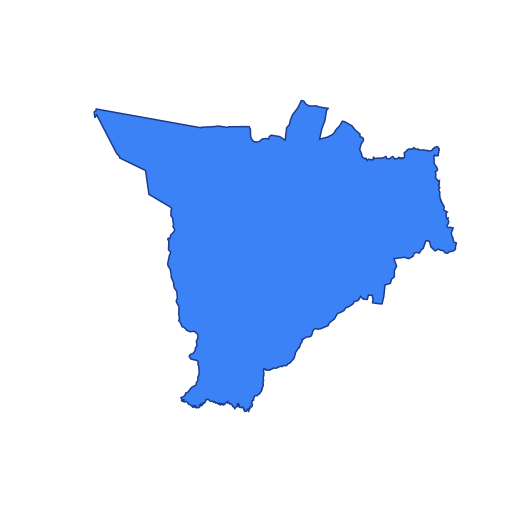 Nyagatare, Eastern, Rwanda (Robinson projection), rotated 194°
{"feature_id": "39286606B31387731734731", "entity_name": "Nyagatare", "entity_type": "district", "adm_level": 2, "iso_a3": "RWA", "parent_name": "Rwanda", "parent_adm1": "Eastern", "projection": "robinson", "projection_center": [30.27, -1.298], "detail": "fine", "context": "isolated", "style": "filled", "palette": "blue", "viewbox_px": 512, "rotation_deg": 194, "n_neighbors": 0, "source": "geoboundaries", "source_scale": "gbopen_adm2", "svg_char_len": 6073}
<svg xmlns="http://www.w3.org/2000/svg" viewBox="0 0 512 512"><g transform="rotate(194 256 256)"><path d="M126.8,398.2L128.4,399.2L129.4,398.2L129.5,398.6L130.3,397.1L131.5,397.5L132.1,396.8L133.5,396.9L135.2,395.3L135.2,394.3L137.1,392.2L136.6,391.2L136.9,390.7L135.9,389.3L136.2,387.3L136.9,386.6L137.0,386.9L138.2,386.3L138.2,385.7L139.3,385.6L139.3,385.9L139.9,385.5L140.6,385.7L140.4,386.2L141.2,386.3L142.3,384.7L143.7,384.5L144.2,383.7L145.1,383.7L146.7,385.4L147.5,385.6L150.3,382.5L152.8,382.1L153.8,384.0L154.3,383.9L156.2,381.9L157.9,381.6L158.4,381.0L160.5,380.8L164.5,379.3L165.8,380.3L166.0,379.9L165.6,378.2L165.9,377.5L166.8,377.6L167.4,376.9L168.1,377.3L170.3,377.1L171.0,375.5L172.6,377.2L173.3,377.4L173.9,376.7L176.9,377.7L178.3,380.6L181.2,384.5L181.1,389.9L179.7,394.0L180.1,395.7L181.6,396.8L184.0,396.9L184.6,399.5L190.4,402.3L194.1,405.4L202.6,407.8L204.9,407.7L206.2,402.8L209.1,397.6L210.0,394.2L211.1,392.5L215.3,388.7L222.6,384.8L222.9,395.4L221.9,404.0L222.8,414.4L221.7,416.7L231.0,415.9L233.7,416.3L239.3,414.7L241.9,414.7L244.5,415.5L247.0,417.8L248.7,418.0L249.7,417.6L251.2,410.0L254.7,401.9L255.6,396.1L255.3,392.1L257.3,387.7L255.7,375.4L261.9,377.6L270.5,376.9L271.9,375.2L272.2,372.3L274.1,372.6L277.9,371.2L278.9,370.3L280.1,368.1L283.3,366.6L286.1,366.5L288.8,368.6L290.3,371.3L292.1,377.6L294.0,379.9L313.4,374.9L316.1,373.4L317.3,373.7L323.9,373.0L329.4,370.9L340.2,367.7L340.2,367.1L446.6,360.0L446.5,357.8L447.7,357.1L447.8,356.5L446.0,351.7L445.5,351.9L444.8,354.5L416.1,321.9L412.6,319.6L412.1,318.2L383.8,312.2L374.8,289.9L352.7,283.3L350.2,282.5L349.3,281.6L349.5,279.9L348.3,274.4L346.4,273.1L343.7,266.7L343.7,264.8L343.3,263.9L341.8,262.7L341.2,261.5L341.5,259.9L344.0,255.3L343.5,252.6L343.9,251.9L345.4,252.1L345.6,250.6L344.2,249.7L342.5,241.2L341.6,240.2L339.9,239.6L339.7,237.8L340.2,235.8L339.8,227.1L338.9,225.1L336.0,222.3L333.6,217.0L333.2,215.0L329.1,209.6L328.9,207.7L327.2,204.9L324.5,202.6L323.8,201.1L322.1,196.1L322.6,193.2L321.7,191.6L318.4,188.1L316.9,180.9L315.1,176.9L315.4,174.6L313.2,173.1L310.6,169.5L309.2,169.5L307.0,168.5L305.1,167.1L303.3,166.8L301.4,166.6L299.0,167.7L297.2,167.8L293.7,166.0L292.9,164.2L292.6,161.8L293.3,159.1L291.5,154.4L292.5,152.3L292.3,149.2L293.3,146.5L296.0,144.5L296.6,142.5L294.4,140.3L287.9,140.3L286.6,139.6L286.2,137.2L284.8,134.9L283.3,130.5L282.7,127.3L283.1,124.3L282.2,121.0L283.1,119.2L283.0,116.2L286.6,113.1L289.3,107.3L291.1,106.0L291.2,103.9L291.8,102.6L294.6,100.2L293.2,98.9L293.3,97.8L292.8,97.3L291.9,98.0L291.9,99.0L291.2,99.1L290.9,99.0L291.6,98.0L291.5,97.2L289.7,97.1L289.0,97.9L287.4,97.7L285.5,95.8L284.8,96.1L281.9,94.8L281.5,94.8L281.4,95.5L281.0,94.1L280.3,94.0L279.7,94.9L280.2,95.7L279.5,95.6L279.3,94.7L278.5,94.7L278.7,95.7L278.4,96.0L278.0,94.4L277.0,94.3L276.1,95.1L275.3,94.7L274.2,96.0L274.6,97.5L273.9,97.4L273.8,98.9L273.2,98.6L273.5,97.2L272.3,97.9L271.4,100.2L272.8,100.4L270.3,100.9L269.8,103.1L270.2,104.0L269.3,104.3L269.2,105.0L267.2,105.2L265.4,104.1L262.3,104.5L261.6,103.8L260.5,104.6L259.3,103.5L258.5,104.1L256.4,103.2L256.0,103.2L255.7,104.3L254.5,102.9L253.8,103.6L254.2,104.3L252.5,104.8L252.1,104.7L252.4,103.7L251.7,103.5L250.4,104.5L250.3,105.5L249.1,107.0L248.5,106.7L248.1,107.7L247.7,106.6L246.7,107.0L245.7,106.1L245.1,106.1L245.1,107.0L244.8,106.4L242.9,105.6L242.3,104.4L240.5,103.9L239.7,102.8L238.6,104.8L236.9,105.9L237.3,106.7L238.4,107.2L238.0,108.5L237.1,108.2L236.9,107.5L236.2,107.4L236.1,106.1L235.4,105.2L233.5,105.3L233.1,106.0L233.3,106.7L232.3,105.5L231.1,105.4L230.9,104.4L230.0,104.4L230.1,103.3L229.4,102.5L227.6,103.2L226.9,105.1L225.5,103.7L225.4,104.5L226.1,106.0L225.1,106.1L224.9,106.5L225.6,108.0L225.4,108.4L223.7,108.5L223.4,110.2L223.6,111.3L224.6,111.3L224.8,112.8L224.4,113.8L224.8,114.8L223.5,115.6L223.8,116.8L223.6,119.6L223.2,120.2L221.0,120.8L220.2,122.5L219.0,123.3L219.2,124.3L218.1,125.7L218.1,127.9L217.7,128.5L218.4,129.0L217.7,131.0L217.6,132.4L218.0,133.5L218.5,133.8L218.5,137.0L219.6,139.5L219.5,141.8L220.0,142.7L219.8,144.1L220.9,145.9L221.2,148.5L220.4,148.7L219.2,147.7L218.4,148.3L217.9,147.9L215.6,148.4L214.8,148.7L214.6,149.4L213.3,150.0L212.4,151.2L209.0,152.2L205.9,154.7L203.6,155.2L203.2,156.2L199.8,157.1L199.1,158.9L197.2,160.4L194.3,166.0L194.2,172.2L192.3,177.5L191.8,177.5L191.5,181.6L190.7,183.3L190.7,185.1L191.3,186.0L190.3,186.3L189.0,188.1L186.6,190.1L184.9,190.3L183.2,191.6L182.7,193.5L182.7,197.0L181.8,199.1L180.6,200.1L179.0,199.8L175.8,201.0L169.2,205.9L168.7,208.9L164.7,213.9L163.2,219.4L162.0,220.8L160.8,221.3L157.5,224.3L156.2,228.0L155.3,228.0L153.9,229.1L151.0,232.1L150.1,233.4L149.6,235.8L147.2,236.8L145.9,238.0L144.7,242.1L141.6,240.1L137.5,240.8L137.5,245.2L133.7,245.9L132.0,242.2L131.6,238.8L124.5,239.5L122.1,240.1L122.2,247.5L123.5,257.1L124.3,258.7L119.0,262.0L118.9,266.2L116.7,269.3L118.2,275.2L117.1,280.2L121.5,286.8L111.6,290.7L107.6,290.3L106.9,290.6L103.6,293.7L102.9,297.4L100.3,298.5L98.2,298.3L97.3,301.6L95.6,303.8L94.8,312.2L93.1,312.0L91.9,312.5L90.4,310.8L88.7,307.3L83.5,304.2L81.6,306.2L80.3,306.9L78.8,306.2L75.3,306.5L73.5,304.9L71.0,304.9L70.3,305.5L69.9,306.6L65.7,308.7L64.5,310.1L64.2,311.3L64.7,312.9L64.7,317.1L67.5,317.4L69.6,321.7L70.7,322.8L71.9,325.0L72.1,327.2L71.6,328.5L71.6,331.0L75.2,330.7L76.6,330.0L77.8,330.7L78.1,332.1L77.5,332.9L77.2,335.5L78.9,338.4L78.8,339.3L80.1,338.5L80.5,338.9L81.9,343.8L81.0,344.9L85.2,346.2L85.1,348.5L86.1,350.6L87.3,350.8L87.8,352.3L89.4,353.6L90.1,353.5L89.9,355.0L91.2,356.2L92.8,360.5L93.0,362.2L94.9,364.8L94.3,367.0L94.8,367.2L96.2,368.8L95.5,369.3L96.3,373.7L97.3,373.0L98.1,373.0L98.8,374.1L100.7,375.3L101.2,378.7L102.3,381.2L101.0,382.6L100.7,383.6L101.8,385.5L105.5,388.8L107.5,396.2L107.3,397.2L106.0,396.7L103.7,397.3L103.4,397.7L104.0,399.1L103.7,400.5L104.2,401.5L103.8,403.0L104.3,404.4L104.8,404.4L105.6,405.6L106.9,406.0L107.5,405.1L109.1,404.6L109.0,403.8L110.3,402.8L110.4,401.4L113.7,399.5L115.3,400.0L115.5,399.6L119.1,399.5L122.3,398.4L125.1,399.0L125.1,398.5L126.8,398.2Z" fill="#3b82f6" stroke="#1e3a8a" stroke-width="1.5"/></g></svg>